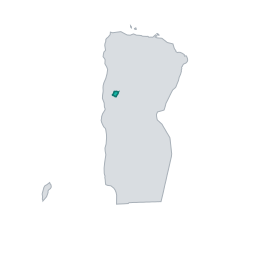 As Sa'id, Shabwah, Yemen shown in context, rotated 111°
{"feature_id": "15242507B10835252837826", "entity_name": "As Sa'id", "entity_type": "district", "adm_level": 2, "iso_a3": "YEM", "parent_name": "Yemen", "parent_adm1": "Shabwah", "projection": "mercator", "projection_center": [46.874, 14.278], "detail": "fine", "context": "in_parent", "style": "filled", "palette": "teal", "viewbox_px": 256, "rotation_deg": 111, "n_neighbors": 0, "source": "geoboundaries", "source_scale": "gbopen_adm2", "svg_char_len": 3705}
<svg xmlns="http://www.w3.org/2000/svg" viewBox="0 0 256 256"><g transform="rotate(111 128 128)"><path d="M203.2,111.4L194.8,114.5L192.6,115.9L190.7,117.6L189.2,119.7L188.1,123.3L188.9,126.7L188.8,128.5L186.7,129.7L184.7,130.6L182.5,131.9L181.1,132.2L180.0,133.2L178.7,134.0L174.1,135.9L169.0,137.3L160.9,139.1L157.8,141.0L155.0,142.3L150.7,142.7L144.8,144.5L141.5,145.9L137.5,148.2L136.5,149.0L135.8,150.7L134.6,152.2L132.1,154.7L130.3,155.9L129.1,156.0L126.7,156.7L123.8,156.8L119.1,155.9L117.9,156.5L116.9,157.5L113.2,159.2L109.5,162.5L106.8,163.4L102.4,164.4L99.3,165.8L97.2,166.4L94.5,166.7L89.6,166.5L84.9,167.0L80.6,168.0L78.6,169.8L76.3,172.6L72.5,173.8L71.6,174.8L70.4,176.8L67.9,177.4L65.7,177.7L63.5,176.8L59.2,179.3L57.6,179.7L55.1,179.8L53.4,180.4L52.1,180.2L50.5,179.2L47.2,178.1L44.8,178.8L44.6,176.5L40.6,169.2L41.4,162.9L41.4,162.0L40.6,159.2L38.2,156.6L38.3,153.3L37.5,150.9L36.9,148.5L37.1,147.9L37.1,147.3L35.9,143.6L35.5,142.8L35.3,142.1L35.7,141.5L35.7,140.8L35.1,139.6L34.4,137.4L31.1,135.7L31.8,134.1L32.4,134.7L33.3,135.2L33.4,134.1L33.5,133.4L32.1,128.5L34.1,122.0L33.4,116.2L36.5,113.8L37.3,113.1L37.8,112.5L38.5,111.2L39.5,110.7L39.8,109.3L39.8,108.6L39.2,108.0L38.7,106.4L38.8,104.3L39.0,103.4L39.3,101.8L40.4,101.3L40.7,100.8L39.8,99.8L39.9,99.2L41.7,97.5L42.5,97.0L43.7,96.5L44.6,96.5L45.7,96.8L46.6,97.2L47.5,98.1L48.5,99.1L50.0,99.4L51.1,99.4L51.9,99.8L52.6,99.5L53.4,99.0L54.7,99.1L55.8,98.5L59.1,98.2L62.3,98.4L65.6,97.9L68.9,98.0L72.2,98.0L72.9,98.1L73.7,98.4L76.5,99.9L78.6,100.2L82.9,100.6L87.4,101.0L91.4,101.4L94.7,101.0L97.5,100.8L98.3,100.8L99.1,101.7L100.8,104.0L102.4,106.2L105.1,106.3L106.9,105.5L108.9,104.3L110.0,103.5L111.4,99.9L112.3,97.6L114.4,95.1L116.1,92.9L118.4,90.1L119.6,88.5L122.1,85.4L124.5,84.1L129.0,81.8L133.5,79.5L136.4,78.0L138.9,77.3L143.1,76.7L148.0,76.0L152.9,75.3L158.1,74.6L163.9,73.7L167.9,73.2L173.0,72.4L177.2,71.8L181.0,71.3L184.9,70.8L185.6,72.5L186.3,74.2L187.1,76.0L187.8,77.7L188.5,79.5L189.3,81.2L190.0,82.9L190.7,84.7L191.5,86.4L192.2,88.1L192.9,89.9L193.6,91.6L194.4,93.3L195.1,95.1L195.8,96.8L196.6,98.5L197.3,100.2L198.5,100.8L199.2,102.4L200.2,104.6L201.2,106.9L202.2,109.2L203.2,111.4ZM214.3,179.9L215.4,180.1L216.9,179.5L221.3,179.4L226.7,181.3L225.7,181.8L225.1,182.5L222.7,183.1L220.4,184.5L213.6,185.2L211.6,184.8L210.0,183.4L207.0,181.6L208.2,180.5L208.4,179.9L208.9,179.4L210.6,178.5L212.3,178.7L214.3,179.9ZM33.3,157.2L33.0,157.6L32.7,157.5L31.7,156.6L32.8,155.6L33.4,156.6L33.3,157.2ZM30.0,134.5L29.5,134.9L29.3,134.2L29.7,132.8L30.2,132.3L30.6,133.4L30.3,134.0L30.0,134.5ZM32.7,161.8L31.6,162.3L32.4,161.0L33.2,160.7L33.4,160.7L32.7,161.8Z" fill="#d9dde1" stroke="#a8b0b8" stroke-width="1"/><path d="M102.9,154.2L103.0,154.0L103.0,153.1L102.9,152.9L102.9,152.7L102.9,152.4L102.9,152.2L102.9,151.9L103.0,151.8L103.1,151.7L103.3,151.5L103.3,151.3L103.3,151.2L103.2,150.9L103.1,150.7L103.0,150.4L102.9,150.2L102.7,150.2L102.3,150.3L102.2,150.3L101.9,150.3L101.7,150.4L101.4,150.3L101.3,150.2L101.2,150.1L100.9,150.0L100.6,150.0L100.5,149.9L100.4,149.9L100.2,149.9L99.9,149.8L99.7,149.7L99.4,149.7L99.1,149.7L98.8,149.7L98.7,149.7L98.4,149.8L98.1,149.8L97.9,149.8L97.7,149.8L97.8,149.9L97.9,150.0L98.0,150.3L98.0,150.5L98.0,150.8L97.9,151.0L97.8,151.4L97.8,151.5L97.9,151.8L98.0,151.9L98.0,152.0L98.2,152.3L98.3,152.5L98.4,152.8L98.5,152.9L98.5,153.0L98.6,153.3L98.7,153.5L98.8,153.6L98.8,153.8L99.0,153.8L99.3,153.9L99.3,154.0L99.5,154.1L99.8,154.0L99.8,153.9L100.0,153.8L100.3,153.8L100.5,153.9L100.8,153.9L101.0,153.9L101.3,153.9L101.5,153.9L101.8,153.9L101.9,154.0L102.0,154.0L102.2,154.3L102.3,154.3L102.5,154.4L102.7,154.2L102.8,154.2L102.9,154.2Z" fill="#14b8a6" stroke="#0f766e" stroke-width="1.5"/></g></svg>